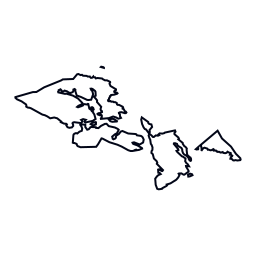 Hoonah-Angoon, Alaska, United States of America
{"feature_id": "52423323B82121365400499", "entity_name": "Hoonah-Angoon", "entity_type": "district", "adm_level": 2, "iso_a3": "USA", "parent_name": "United States of America", "parent_adm1": "Alaska", "projection": "equal_earth", "projection_center": [-135.122, 58.217], "detail": "fine", "context": "isolated", "style": "outline", "palette": "ink", "viewbox_px": 256, "rotation_deg": 0, "n_neighbors": 0, "source": "geoboundaries", "source_scale": "gbopen_adm2", "svg_char_len": 5865}
<svg xmlns="http://www.w3.org/2000/svg" viewBox="0 0 256 256"><path d="M77.1,74.3L73.2,79.0L62.8,79.4L61.2,80.4L44.2,87.3L36.4,92.0L32.8,92.1L15.4,97.1L15.4,97.8L17.0,99.3L21.5,101.3L26.0,104.4L26.4,105.3L26.2,106.6L26.6,106.9L28.2,107.7L29.3,107.7L31.0,108.3L42.4,114.6L44.8,115.2L47.3,116.4L50.2,118.3L54.2,117.5L57.2,118.3L61.3,121.6L60.9,122.2L64.0,123.6L66.3,123.8L66.9,124.4L66.3,125.3L67.5,127.2L69.3,127.8L71.9,127.4L73.2,125.9L73.1,124.7L72.5,123.2L73.1,122.5L74.2,122.2L81.4,123.1L82.2,121.6L82.1,120.8L81.2,119.9L83.1,119.1L85.8,119.8L84.7,120.9L84.4,121.6L84.8,122.1L85.6,122.4L92.7,120.9L95.6,119.0L94.3,114.4L93.2,112.8L93.2,112.1L91.8,111.2L91.3,110.0L89.3,108.6L88.3,104.0L87.8,103.9L87.1,104.5L84.1,104.1L83.5,104.5L83.0,105.4L81.3,106.2L78.0,107.3L77.1,106.9L78.4,105.8L81.7,104.3L82.5,103.4L82.4,103.0L78.0,98.5L72.9,95.6L66.1,93.6L65.1,93.9L58.3,92.4L58.1,91.6L58.9,90.5L58.8,90.1L60.5,89.3L61.4,90.3L61.3,90.8L62.1,91.4L63.7,91.3L64.5,90.6L67.0,91.3L69.0,92.7L70.9,92.9L72.8,92.0L73.3,91.0L73.4,89.5L74.6,89.0L75.4,89.7L75.3,91.0L76.7,95.5L80.8,96.9L87.1,99.9L88.5,100.0L91.2,99.7L93.1,94.3L92.4,91.2L91.3,90.1L90.7,88.7L91.5,88.6L92.6,89.0L95.1,91.0L95.5,91.8L95.7,95.7L93.8,96.7L95.6,98.5L97.1,100.4L97.0,102.0L101.2,106.8L100.5,109.1L101.1,110.7L101.9,111.1L102.0,112.1L99.8,113.1L98.8,113.1L97.5,113.8L97.6,114.3L98.0,114.6L100.0,115.3L101.0,114.7L101.8,115.4L101.8,117.1L100.8,118.5L100.9,118.9L109.0,118.1L113.1,116.5L116.3,117.5L118.2,118.7L120.1,118.2L121.0,117.9L120.0,116.2L119.9,114.4L119.0,113.5L118.9,112.8L119.9,112.3L121.6,112.2L124.9,113.2L125.9,113.1L126.4,112.5L125.9,111.7L124.7,111.1L123.8,109.2L122.6,108.7L122.6,108.0L123.1,107.6L122.8,106.8L119.1,104.9L117.5,104.8L117.0,104.3L116.7,102.9L115.0,102.1L113.9,102.2L113.0,101.6L111.2,101.7L110.5,101.0L109.0,101.3L108.3,101.1L108.0,100.2L109.0,99.2L109.0,98.2L109.8,97.5L109.9,96.2L110.9,95.7L111.1,95.0L114.1,94.7L117.0,93.8L117.5,93.3L116.7,92.5L115.1,92.5L114.3,92.0L114.2,91.3L116.0,90.0L116.0,89.3L110.5,86.0L109.5,83.7L110.2,82.2L110.0,81.8L106.9,80.3L104.9,80.3L102.7,79.1L102.1,78.5L97.5,78.0L95.8,78.4L95.1,77.3L94.0,77.3L93.5,77.0L93.3,76.5L92.2,77.7L91.0,77.9L89.9,76.9L89.8,76.5L87.6,76.5L86.7,75.9L83.0,75.7L82.0,74.8L80.6,75.1L78.4,74.0L77.1,74.3ZM152.1,127.0L151.4,124.4L149.3,124.0L148.3,123.0L148.2,122.0L141.8,117.4L141.2,119.6L142.1,124.0L143.6,127.4L144.8,129.0L146.0,129.4L149.1,133.5L149.2,134.3L148.6,135.5L149.5,138.3L150.2,139.5L150.8,143.8L151.6,144.9L152.5,147.4L152.4,149.9L151.6,151.1L151.4,152.9L152.8,154.2L153.9,158.5L156.6,161.1L157.3,162.7L156.8,163.8L163.0,170.1L162.4,171.0L162.0,171.1L160.2,170.2L160.3,169.4L159.1,169.3L158.1,169.6L158.3,172.7L159.6,172.9L160.7,174.1L158.4,175.1L157.0,176.3L155.2,178.7L155.7,184.8L157.2,188.8L158.7,189.3L161.6,188.9L162.2,188.7L162.3,188.2L166.4,186.0L167.1,185.3L166.7,184.5L170.4,183.4L176.3,179.7L178.2,177.5L179.5,175.0L178.6,173.7L178.9,173.5L181.4,173.4L183.6,174.7L184.3,174.7L188.6,171.6L188.5,170.6L186.1,166.7L186.0,166.0L189.0,166.3L187.7,164.2L186.2,162.9L185.2,161.2L185.5,158.5L183.0,156.7L181.9,156.3L177.3,152.0L176.5,150.9L178.4,150.1L178.2,149.1L173.8,143.9L174.0,143.3L175.1,143.2L177.0,143.9L177.5,145.2L178.5,146.2L181.4,147.9L182.2,149.4L182.3,151.0L183.0,153.0L184.0,154.3L186.6,155.9L188.7,158.0L188.8,159.0L189.6,160.4L190.6,160.9L190.9,160.7L191.1,160.1L191.0,158.7L190.4,157.5L189.7,157.2L187.2,154.8L186.6,149.9L186.8,148.5L185.5,146.9L184.2,146.0L182.8,143.9L182.7,142.9L178.3,139.3L178.9,138.7L178.4,137.5L174.5,134.2L174.4,133.0L175.5,131.7L175.0,130.4L164.8,132.6L164.3,133.1L162.5,133.6L159.6,133.4L158.4,134.5L159.1,135.2L158.0,135.7L155.8,135.4L153.8,137.0L152.8,136.9L151.6,135.5L149.1,133.5L149.8,132.2L149.6,129.9L152.1,127.0ZM135.3,150.5L135.0,150.0L136.2,149.6L137.0,150.2L139.0,149.9L142.1,148.6L141.9,148.0L137.2,145.3L133.7,144.1L132.9,143.6L132.5,142.7L134.0,142.3L139.7,144.5L143.1,142.5L143.7,139.6L142.7,137.4L142.0,136.6L140.9,135.9L136.9,135.3L136.3,134.3L135.3,134.0L128.2,133.5L122.4,131.0L120.7,131.6L118.8,134.1L116.7,135.4L115.9,136.3L115.9,137.7L115.1,138.6L113.4,139.3L112.7,138.8L112.2,136.6L114.9,134.3L116.9,133.3L118.7,129.8L117.7,128.9L114.9,127.5L108.7,126.1L106.6,123.8L104.9,123.9L101.0,125.9L98.4,128.1L96.0,127.9L95.8,127.2L91.5,127.0L90.5,127.2L88.8,129.2L87.2,129.7L85.3,127.0L85.3,124.6L80.4,124.5L80.2,124.8L81.5,126.6L82.2,128.6L81.8,130.8L79.4,131.7L77.3,133.5L76.0,133.1L74.4,133.7L73.6,134.5L73.4,135.2L72.8,142.7L73.4,143.0L74.4,143.0L76.6,143.9L77.0,145.1L77.6,146.1L80.5,147.2L96.2,146.8L98.1,144.2L101.5,138.4L102.5,138.6L109.4,142.2L117.4,144.7L121.7,146.6L128.2,150.2L130.6,151.0L132.4,151.0L135.3,150.5ZM240.6,159.6L240.3,158.2L235.9,153.8L231.0,146.6L222.0,138.5L217.6,130.7L199.8,145.7L201.1,145.8L201.7,149.4L201.5,150.0L201.8,150.2L203.3,148.2L204.5,147.7L207.3,148.6L207.8,149.7L208.5,149.6L210.4,150.3L211.7,150.1L213.3,149.1L213.7,149.4L213.4,150.2L213.6,150.6L215.9,150.5L216.4,151.2L217.3,151.4L217.4,151.9L219.6,151.9L220.3,152.5L220.9,152.6L222.7,152.0L223.3,152.9L225.2,153.2L226.6,152.8L227.5,151.7L228.8,152.5L230.7,153.0L230.8,153.6L230.3,153.8L229.9,154.7L231.0,154.8L232.3,155.7L232.0,156.4L230.7,157.2L230.8,157.7L230.4,158.7L231.8,159.0L233.1,160.3L234.0,160.5L235.4,160.1L237.5,160.5L240.3,160.1L240.6,159.6ZM109.0,119.7L110.3,121.2L112.3,121.8L116.8,121.5L117.0,121.1L114.3,119.2L113.1,118.9L111.5,118.9L109.0,119.7ZM92.3,122.9L90.7,124.1L92.1,125.0L93.4,125.3L95.9,124.4L96.0,122.5L95.8,122.1L95.4,122.1L92.3,122.9ZM188.0,174.8L188.3,176.6L189.8,176.4L192.5,175.2L192.1,174.3L190.3,173.7L189.2,174.0L188.0,174.8ZM91.0,107.9L93.4,109.8L93.7,109.5L93.2,107.9L92.3,107.2L91.3,107.3L91.0,107.9ZM195.8,149.2L196.5,149.5L198.1,149.3L198.3,148.9L198.0,148.3L198.3,147.0L195.8,149.2ZM100.9,67.0L103.9,67.9L103.9,67.6L103.2,67.1L101.2,66.7L100.9,67.0Z" fill="none" stroke="#020617" stroke-width="2"/></svg>